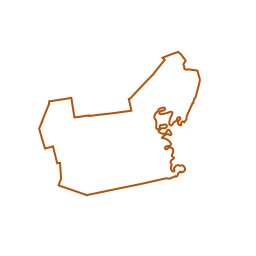 the district of Sutesti, Braila, Romania, rotated 144°
{"feature_id": "2599482B82719794647179", "entity_name": "Sutesti", "entity_type": "district", "adm_level": 2, "iso_a3": "ROU", "parent_name": "Romania", "parent_adm1": "Braila", "projection": "albers", "projection_center": [27.441, 45.228], "detail": "fine", "context": "isolated", "style": "outline", "palette": "amber", "viewbox_px": 256, "rotation_deg": 144, "n_neighbors": 0, "source": "geoboundaries", "source_scale": "gbopen_adm2", "svg_char_len": 5673}
<svg xmlns="http://www.w3.org/2000/svg" viewBox="0 0 256 256"><g transform="rotate(144 128 128)"><path d="M217.9,122.4L201.0,98.2L200.8,97.7L200.2,97.7L173.4,85.6L159.1,79.1L152.4,76.0L145.3,72.9L138.3,69.9L126.8,64.9L126.6,64.8L125.2,63.5L124.9,63.2L124.3,62.8L123.8,62.4L123.6,62.3L122.8,62.2L122.4,62.2L122.2,62.3L121.5,62.0L121.0,61.8L120.2,61.7L119.7,61.6L119.0,61.4L118.5,61.3L118.3,61.3L118.3,60.9L118.0,60.5L117.4,60.3L116.8,60.3L116.0,60.4L115.3,60.8L114.1,61.6L113.3,62.0L112.4,62.0L111.1,61.8L111.2,60.9L110.6,60.6L110.1,60.4L109.1,60.1L108.1,60.1L107.3,60.3L106.7,60.5L106.2,61.0L105.8,61.4L105.6,62.0L105.4,63.0L105.4,63.4L105.5,64.6L105.6,65.3L105.9,65.7L106.4,66.1L107.1,66.5L107.7,66.7L108.1,66.9L108.4,67.4L108.6,67.7L108.8,68.1L109.0,68.3L109.6,68.7L110.3,68.9L110.9,69.1L111.4,69.2L112.3,69.1L113.0,68.8L114.3,68.5L114.8,68.1L115.0,67.6L115.1,67.1L115.3,66.5L115.6,66.0L116.1,65.9L116.6,66.0L117.0,66.3L117.3,66.7L117.6,67.3L117.6,67.7L117.6,68.1L117.5,68.4L117.5,68.7L117.2,69.6L117.0,70.1L116.7,70.5L116.3,71.2L116.0,71.4L115.5,71.4L115.3,71.7L114.9,72.0L114.5,72.5L114.2,72.9L114.1,73.3L114.0,74.4L113.8,74.9L113.5,75.4L113.2,75.8L113.0,76.0L112.5,76.2L112.0,76.4L111.6,76.5L111.3,76.5L110.9,76.5L110.2,76.4L109.8,76.4L109.4,76.4L108.7,76.6L108.4,76.9L108.4,77.2L108.4,77.4L108.6,78.1L108.8,78.8L108.9,79.1L108.9,79.4L108.8,79.5L108.7,79.9L108.6,80.1L108.4,80.3L108.1,80.6L107.8,80.7L107.4,81.0L106.6,81.3L106.2,81.6L105.9,81.7L105.7,82.0L105.3,82.5L104.8,83.1L104.5,83.5L104.1,84.5L104.1,84.8L104.1,85.3L104.2,85.7L104.3,86.0L104.7,86.6L105.6,87.8L106.1,88.2L106.6,88.3L107.2,88.2L107.9,87.9L108.5,87.9L109.0,87.9L109.5,88.2L110.0,88.8L110.1,89.6L109.8,90.2L109.3,90.5L108.5,90.7L107.9,90.6L107.2,90.4L106.5,90.0L106.0,89.7L105.5,89.3L104.8,89.1L104.3,89.0L103.8,89.1L103.3,89.3L102.7,89.8L102.5,90.1L102.3,90.5L102.3,90.8L102.3,91.8L102.3,92.3L102.4,93.1L102.5,93.6L102.9,94.9L103.4,96.1L103.9,97.1L104.8,98.5L105.7,99.2L106.2,99.6L106.3,99.9L106.1,100.2L105.7,100.4L105.0,100.5L104.1,100.6L102.8,100.6L102.1,100.6L101.3,100.4L100.5,100.1L99.6,99.7L99.3,99.5L98.9,99.0L98.7,98.5L98.4,97.7L98.0,97.3L97.6,97.1L97.3,97.1L96.8,97.3L96.5,97.6L96.3,97.9L96.1,98.5L96.1,99.2L96.0,99.7L96.0,100.3L95.9,101.0L95.8,101.9L96.0,102.3L96.2,102.6L96.5,102.8L96.8,102.9L97.4,103.0L97.8,102.9L98.5,102.5L99.6,101.9L100.0,101.8L100.5,101.7L101.2,101.8L101.7,102.0L102.6,102.5L103.0,102.8L103.6,103.3L104.2,104.1L104.4,104.5L104.7,105.2L105.1,105.9L105.3,106.4L105.3,106.8L105.2,107.2L105.1,107.4L104.9,107.6L104.7,107.8L104.4,107.9L103.8,107.9L103.5,107.8L103.1,107.8L102.8,107.8L102.3,108.0L101.8,108.1L101.4,108.0L100.6,107.8L100.2,107.6L99.6,107.1L99.2,106.7L98.8,106.4L98.5,106.2L98.0,106.0L97.6,105.9L97.2,105.9L96.9,105.9L96.3,106.0L96.0,106.2L95.7,106.5L95.4,106.8L95.2,107.1L95.1,107.5L95.2,108.2L95.5,108.7L95.8,108.9L96.2,109.2L97.2,109.7L98.3,110.1L98.9,110.4L99.5,110.7L99.9,111.2L100.5,111.2L101.0,111.1L101.4,110.7L101.7,110.1L102.2,109.6L102.8,109.2L103.3,109.1L103.8,109.1L104.3,109.3L104.9,109.8L105.2,110.3L105.3,110.7L105.2,111.1L105.1,111.5L104.9,111.9L104.4,112.5L103.4,113.7L102.2,115.2L101.0,117.2L100.8,118.0L100.8,118.7L100.8,119.4L100.8,119.9L100.6,120.7L100.1,121.6L99.5,122.3L98.9,122.7L98.3,123.0L97.6,123.4L96.3,123.8L95.5,123.9L94.6,124.0L93.8,124.2L93.3,124.3L92.9,124.6L92.2,124.9L91.8,125.1L91.3,125.1L90.9,125.0L90.2,124.8L89.7,124.5L89.1,124.2L88.6,124.1L88.1,123.9L87.7,123.9L87.0,123.5L86.8,123.2L86.6,122.8L86.6,122.3L86.7,122.0L87.1,121.4L87.4,121.2L87.8,121.2L88.5,121.2L89.2,121.4L90.0,121.7L90.7,122.0L91.6,122.4L92.4,122.4L93.3,122.1L94.0,121.6L94.0,120.9L93.6,120.2L93.1,119.7L92.6,119.3L91.9,119.0L91.3,118.7L88.1,117.4L87.1,117.0L86.1,116.7L85.4,116.6L84.6,116.4L83.9,116.0L83.5,115.7L83.1,115.0L83.2,114.3L83.5,113.7L84.4,113.1L85.6,112.4L87.5,111.4L88.6,110.6L90.0,109.5L90.6,109.0L91.6,107.8L92.0,107.3L92.2,106.9L92.3,106.3L92.3,105.6L91.9,105.0L91.5,104.6L91.1,104.5L90.4,104.6L89.7,104.8L88.9,105.2L87.3,105.7L86.4,105.7L85.4,105.4L84.4,105.5L83.8,105.8L83.1,106.5L82.2,107.0L81.4,107.2L80.5,106.8L79.9,106.3L79.8,105.2L80.1,104.7L80.7,104.5L81.3,104.4L82.3,104.2L83.2,104.0L84.2,103.4L84.8,102.4L84.9,101.4L84.8,100.5L84.5,99.9L84.2,99.5L83.6,99.2L83.2,99.2L82.7,99.7L82.3,100.5L81.7,101.0L81.1,101.2L80.5,101.2L79.9,101.1L79.4,100.8L79.2,100.4L79.1,99.9L79.1,99.6L75.7,100.6L74.0,102.6L70.1,105.2L69.4,105.4L63.0,109.1L62.7,109.3L61.0,110.3L60.4,109.9L59.8,110.6L59.3,111.1L57.1,112.6L55.0,113.3L54.5,113.7L52.0,115.7L46.8,120.0L43.4,122.9L42.8,123.4L42.1,124.1L41.4,125.1L41.0,125.6L40.7,126.4L39.8,129.2L38.2,133.2L38.1,133.5L38.3,133.9L39.5,135.0L42.9,138.2L44.0,139.3L44.9,140.2L45.4,140.4L46.1,140.6L46.7,141.1L46.9,141.3L47.6,142.5L46.5,144.6L46.4,144.8L46.3,145.0L45.8,146.8L45.7,147.1L41.8,148.5L41.8,149.4L41.7,150.8L41.8,151.9L41.8,154.2L41.8,155.6L41.9,157.1L42.4,158.4L42.7,160.1L50.5,162.4L55.9,163.8L58.7,164.5L58.6,164.1L58.5,162.9L58.5,162.7L58.4,162.5L58.2,162.2L58.1,161.8L58.2,161.6L58.3,161.5L64.1,160.0L71.1,158.1L75.6,156.8L76.1,156.4L76.9,156.5L79.7,156.0L82.9,155.4L83.1,155.5L88.5,154.5L98.8,152.5L109.5,150.5L109.8,150.4L109.8,150.5L110.3,150.9L115.1,140.0L121.8,143.6L128.5,147.2L131.4,148.8L131.6,148.9L135.2,150.9L142.0,154.8L148.5,158.4L152.1,160.4L151.8,160.8L155.4,162.9L155.9,163.1L158.3,164.3L165.1,168.0L160.9,176.4L156.1,185.7L160.0,187.6L162.8,189.0L170.2,192.8L174.4,195.0L176.1,195.9L177.3,194.4L177.8,193.8L179.6,192.7L184.2,189.8L186.1,188.7L192.7,184.5L192.9,184.3L193.5,183.6L193.9,183.8L194.1,183.5L200.1,179.8L200.5,179.1L203.4,171.1L207.2,160.1L199.5,157.2L206.0,141.1L203.5,139.7L211.9,126.4L217.9,122.4Z" fill="none" stroke="#b45309" stroke-width="2"/></g></svg>